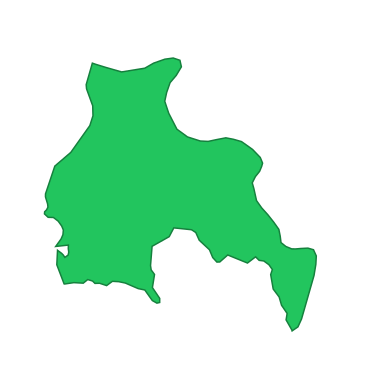 map outline of Moray (Mercator projection), rotated 286°
{"feature_id": "GBR-2014", "entity_name": "Moray", "entity_type": "Unitary District", "adm_level": 1, "iso_a3": "GBR", "parent_name": "United Kingdom", "parent_adm1": "", "projection": "mercator", "projection_center": [-3.358, 57.403], "detail": "fine", "context": "isolated", "style": "filled", "palette": "green", "viewbox_px": 384, "rotation_deg": 286, "n_neighbors": 0, "source": "natural_earth", "source_scale": "10m", "svg_char_len": 1663}
<svg xmlns="http://www.w3.org/2000/svg" viewBox="0 0 384 384"><g transform="rotate(286 192 192)"><path d="M68.4,94.4L84.8,82.1L98.9,78.8L97.1,83.6L95.9,85.7L94.1,87.8L97.2,90.3L100.2,90.1L103.4,88.7L106.9,87.8L102.1,76.0L110.8,79.1L115.4,79.7L120.0,78.8L123.3,76.2L127.1,71.4L129.3,65.8L128.0,60.7L130.3,56.2L132.4,55.8L134.7,57.1L137.7,57.7L140.7,56.5L146.9,52.5L149.8,51.7L179.1,53.0L196.7,64.6L227.7,75.5L238.0,75.8L247.5,72.8L262.1,62.2L266.0,60.7L288.4,60.7L288.2,64.3L288.0,75.0L288.0,91.2L298.0,112.5L305.3,119.6L312.2,129.3L315.6,137.0L315.3,144.1L309.4,147.3L299.7,144.7L291.1,140.8L280.7,140.2L271.7,140.8L261.3,147.9L248.2,160.2L243.7,172.4L243.3,185.9L245.1,193.6L249.2,201.3L253.4,209.6L254.1,217.3L254.1,225.7L249.6,238.5L244.0,248.1L239.2,251.9L235.7,251.9L230.5,251.3L224.3,248.7L217.4,247.4L212.2,250.6L201.5,256.4L195.9,263.4L191.1,271.1L185.6,278.8L180.0,285.8L173.8,289.0L167.9,291.5L165.5,297.3L164.8,303.6L165.9,307.5L167.6,311.9L170.0,318.9L170.0,324.7L164.8,329.1L156.5,331.0L145.4,332.3L133.3,332.3L116.0,332.3L100.1,332.3L91.5,331.0L86.1,326.5L86.9,326.0L95.0,317.7L101.5,316.9L107.8,309.3L115.1,304.7L121.1,296.8L134.3,290.4L139.6,290.6L143.3,286.0L145.5,280.0L144.8,275.4L147.2,271.0L139.0,264.9L141.3,243.7L132.4,238.0L131.5,235.2L134.7,230.0L141.3,224.7L147.6,212.3L154.1,206.8L155.6,201.9L152.5,184.4L142.8,182.4L128.8,168.6L109.9,172.4L105.9,174.2L102.4,178.7L89.2,180.3L80.8,190.3L76.9,191.4L75.5,188.9L76.7,183.8L84.8,173.6L84.3,166.9L86.1,153.0L85.6,146.3L84.2,140.1L78.5,135.7L78.8,128.3L77.4,123.9L79.0,121.0L79.1,115.9L74.4,112.6L72.3,103.4L68.5,95.0L68.4,94.4Z" fill="#22c55e" stroke="#15803d" stroke-width="1.5"/></g></svg>